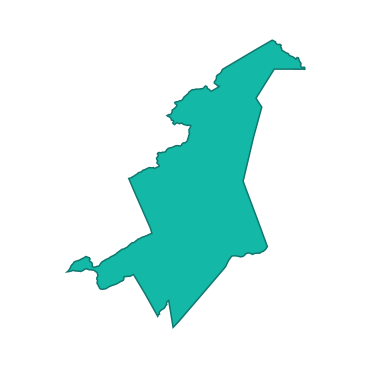 Brotas de Macaúbas, Bahia, Brazil, rotated 75°
{"feature_id": "56859067B62774475312838", "entity_name": "Brotas de Macaúbas", "entity_type": "district", "adm_level": 2, "iso_a3": "BRA", "parent_name": "Brazil", "parent_adm1": "Bahia", "projection": "natural_earth1", "projection_center": [-42.507, -12.105], "detail": "fine", "context": "isolated", "style": "filled", "palette": "teal", "viewbox_px": 384, "rotation_deg": 75, "n_neighbors": 0, "source": "geoboundaries", "source_scale": "gbopen_adm2", "svg_char_len": 4936}
<svg xmlns="http://www.w3.org/2000/svg" viewBox="0 0 384 384"><g transform="rotate(75 192 192)"><path d="M264.4,133.3L234.6,136.0L203.2,139.1L199.7,139.4L194.7,139.8L189.0,136.7L176.6,130.0L155.2,118.5L128.0,102.6L123.1,104.3L118.0,105.9L94.6,80.8L101.8,54.0L102.1,52.9L102.7,51.4L101.6,50.8L100.4,51.4L100.4,52.9L99.7,53.8L98.6,54.4L97.2,54.2L96.5,53.5L95.0,53.7L93.4,54.4L91.6,54.4L90.0,54.5L89.3,55.7L90.1,56.5L90.6,57.4L89.4,58.0L88.4,58.8L87.5,59.7L86.7,60.8L85.8,62.0L84.8,62.8L83.6,63.1L82.7,63.7L82.1,65.0L81.1,65.8L79.8,66.9L78.7,68.4L77.2,68.4L75.8,68.4L74.5,68.9L73.3,67.9L72.1,68.9L71.9,70.5L71.0,72.0L69.9,72.5L68.7,72.4L67.8,73.2L66.9,74.4L66.1,75.2L71.5,95.4L81.4,130.7L82.1,131.5L83.2,132.2L84.1,133.3L85.0,134.6L85.2,135.8L85.7,137.4L86.8,138.6L87.9,138.7L88.7,139.1L90.0,140.0L91.3,141.8L92.6,142.3L93.7,141.4L94.7,140.5L95.9,140.0L96.9,138.2L97.6,139.2L97.9,140.8L98.6,143.2L98.9,144.7L99.5,146.3L99.6,147.4L98.8,148.1L97.5,148.7L96.2,150.2L95.2,150.4L94.1,150.3L93.1,151.4L93.5,152.6L94.2,153.2L94.6,154.2L94.9,155.4L94.6,156.5L94.5,157.9L94.3,159.1L94.0,160.2L93.7,161.3L93.6,162.5L93.7,163.8L93.2,165.2L93.7,166.7L94.2,167.8L94.8,169.2L96.0,170.3L96.8,172.1L97.5,173.4L97.9,174.7L98.8,175.7L99.8,176.7L100.6,177.8L100.9,179.0L100.7,180.0L100.8,181.1L101.2,182.4L100.7,183.8L101.1,185.5L102.5,185.3L103.6,184.1L104.8,184.4L105.4,185.2L106.1,186.0L106.7,187.2L107.3,188.6L107.8,190.0L109.1,190.4L110.6,191.2L111.6,192.7L111.3,194.0L111.4,195.2L111.7,196.4L112.5,195.8L113.5,194.6L114.8,193.4L116.1,193.3L117.2,193.3L117.9,192.0L118.7,191.4L119.6,191.9L120.3,192.7L121.4,192.3L122.4,191.4L121.6,190.0L121.2,188.7L121.8,187.7L122.8,186.5L122.8,184.9L122.8,183.8L124.2,183.1L125.2,181.5L126.0,180.2L126.6,178.9L126.7,177.1L127.8,175.9L129.0,177.0L130.1,177.7L130.9,178.8L132.3,179.0L133.8,179.5L135.0,179.2L135.9,180.0L136.9,180.7L138.3,181.3L139.5,182.3L141.4,183.3L142.2,184.7L142.7,185.7L142.3,187.0L142.5,188.3L143.1,189.3L144.1,190.1L144.4,191.2L144.3,192.4L143.6,193.5L143.1,195.5L143.4,197.8L143.8,199.6L143.7,201.3L143.6,202.7L143.8,203.8L144.4,205.0L145.2,206.1L146.2,207.1L146.4,208.6L145.9,210.1L146.1,211.9L145.4,213.3L145.3,214.5L146.3,215.6L147.4,214.9L148.4,215.4L149.2,216.2L150.0,217.5L151.5,217.6L153.0,216.9L154.0,217.9L154.8,218.4L155.9,217.9L157.4,216.9L158.5,216.8L158.9,217.9L159.0,219.4L159.3,220.9L159.6,222.1L158.4,222.9L158.2,224.8L157.4,226.6L157.5,228.2L157.8,229.9L158.2,231.6L158.2,233.5L158.7,234.6L159.5,235.9L159.4,237.6L159.6,239.0L160.5,240.6L160.8,241.8L161.4,243.4L161.8,244.7L162.1,246.2L162.5,247.1L162.6,248.3L162.5,249.6L175.4,247.8L216.0,241.6L221.6,241.4L221.8,243.7L222.1,245.7L222.4,246.9L222.5,248.2L222.7,249.9L222.7,251.1L222.8,252.2L223.2,253.6L223.5,254.9L223.6,256.4L224.5,258.2L224.9,259.3L225.4,260.3L225.9,261.5L225.6,262.5L225.7,263.7L226.5,265.2L227.0,266.2L227.7,267.6L228.5,268.5L228.7,269.9L229.0,271.0L229.4,272.5L229.2,274.3L229.9,276.1L230.4,277.5L231.0,279.1L231.6,280.5L232.4,281.7L232.7,283.3L233.2,285.1L233.5,286.8L233.9,288.3L234.5,289.6L234.6,290.8L234.9,292.1L235.1,293.4L235.6,294.7L235.9,296.1L236.4,297.4L237.2,298.5L238.2,299.6L239.0,300.4L239.6,301.7L239.2,303.0L239.4,304.2L239.5,305.9L238.2,307.5L236.5,307.2L234.8,306.9L233.7,307.5L232.6,308.5L231.2,308.8L230.3,307.8L229.0,308.1L227.8,309.9L226.9,311.0L227.2,312.3L227.6,313.6L227.9,314.9L228.1,316.3L228.7,318.4L228.7,319.7L228.8,321.5L228.8,322.6L229.3,324.2L230.6,325.6L231.2,326.8L232.0,327.8L233.2,328.8L234.5,329.9L235.6,331.2L236.3,332.1L236.8,333.2L237.1,331.1L237.1,328.9L236.9,327.3L237.4,326.3L238.1,325.1L238.5,323.5L239.0,322.6L239.2,321.4L239.9,320.5L239.8,319.1L239.7,317.8L239.3,316.8L238.9,315.7L238.8,313.7L239.7,312.7L240.5,311.5L240.8,310.2L241.5,308.7L242.1,307.1L243.2,306.2L244.4,305.3L245.2,304.3L246.8,304.6L247.9,304.3L248.8,304.8L249.6,305.5L250.4,306.2L251.6,306.5L252.7,306.0L254.0,306.7L255.8,307.4L257.1,306.7L258.7,306.7L259.8,306.2L261.0,306.2L262.2,305.2L262.7,304.0L263.0,302.1L263.1,300.2L262.6,298.4L262.1,297.0L261.9,295.4L261.6,294.0L261.6,292.3L261.4,290.3L261.3,289.0L261.0,287.5L260.5,285.7L260.0,284.3L259.9,282.7L259.4,281.0L257.9,280.2L256.1,279.5L256.5,278.4L256.7,277.3L256.8,275.8L257.3,274.2L257.3,273.1L256.9,271.5L256.4,269.9L277.7,263.8L303.2,257.3L301.9,256.2L301.5,254.9L300.5,255.2L299.5,254.6L298.7,253.5L298.0,252.1L297.6,250.4L297.0,248.8L295.9,247.6L295.0,246.9L294.2,245.5L292.6,245.4L291.5,244.3L290.8,242.6L317.9,245.3L313.8,238.6L298.9,216.8L288.9,202.2L273.0,179.1L268.6,175.3L267.6,174.3L266.7,173.4L266.1,172.5L265.3,171.6L264.4,170.5L264.2,169.3L264.8,167.0L265.2,165.8L265.8,164.4L266.6,163.0L267.2,161.9L267.4,160.5L267.3,159.1L266.7,157.8L265.8,156.3L265.4,154.8L265.5,153.7L265.7,152.5L266.4,151.6L267.1,150.6L268.0,149.6L267.6,148.5L267.6,146.9L268.0,144.6L268.6,142.7L268.3,141.5L267.9,140.5L267.7,138.4L267.1,137.0L266.1,135.3L264.9,134.3L264.4,133.3Z" fill="#14b8a6" stroke="#0f766e" stroke-width="1.5"/></g></svg>